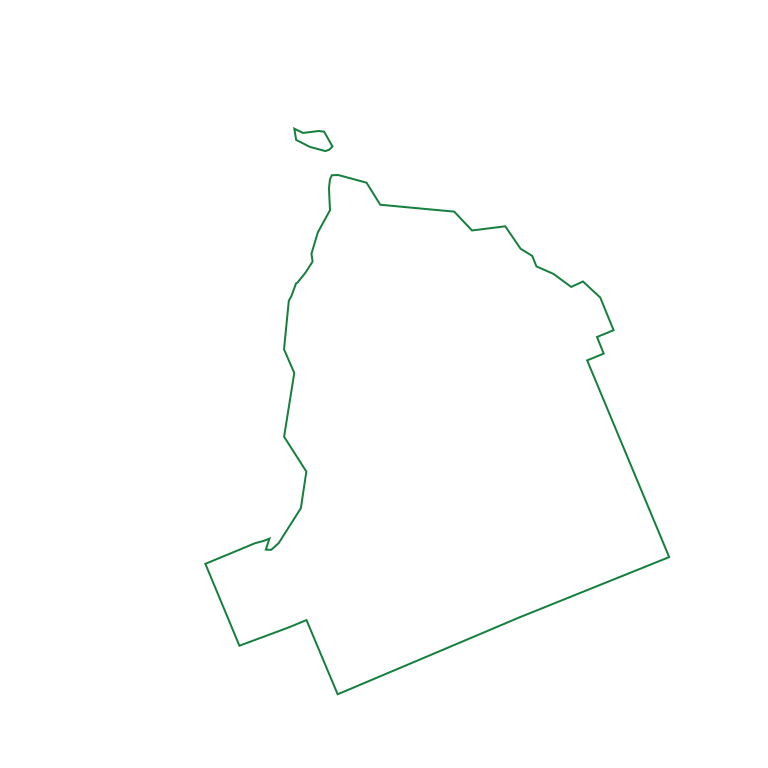 Anchorage, Alaska, United States of America, rotated 68°
{"feature_id": "52423323B58185108898", "entity_name": "Anchorage", "entity_type": "district", "adm_level": 2, "iso_a3": "USA", "parent_name": "United States of America", "parent_adm1": "Alaska", "projection": "orthographic", "projection_center": [-149.538, 61.109], "detail": "fine", "context": "isolated", "style": "outline", "palette": "green", "viewbox_px": 768, "rotation_deg": 68, "n_neighbors": 0, "source": "geoboundaries", "source_scale": "gbopen_adm2", "svg_char_len": 970}
<svg xmlns="http://www.w3.org/2000/svg" viewBox="0 0 768 768"><g transform="rotate(68 384 384)"><path d="M651.3,184.5L645.2,184.5L438.2,186.8L438.1,168.9L420.2,168.9L420.1,151.0L384.9,151.1L363.5,161.1L364.1,174.1L345.2,185.8L344.2,186.8L332.1,198.6L320.7,198.6L309.8,206.7L283.2,212.5L274.6,244.9L260.1,250.6L250.5,254.3L227.8,298.3L219.6,314.1L216.4,320.3L190.8,324.8L173.2,348.0L170.9,354.1L173.8,357.3L181.7,361.6L189.8,364.5L202.7,369.0L204.2,370.9L218.6,388.5L236.1,402.5L243.6,404.3L244.0,404.7L251.4,415.2L257.6,426.3L257.8,427.9L267.6,436.7L271.2,441.1L314.4,463.7L340.2,463.1L395.5,496.4L436.1,488.8L468.0,507.6L492.1,541.3L495.5,550.6L493.3,555.6L484.4,548.1L484.4,554.2L483.3,563.2L483.8,617.0L572.5,616.1L574.0,562.3L573.8,544.3L654.3,543.2L652.1,405.2L651.1,345.9L651.3,184.5ZM120.9,365.0L113.7,371.5L124.8,374.0L136.3,364.0L146.1,351.1L146.2,347.0L144.5,342.8L127.6,345.0L125.0,349.7L120.9,365.0Z" fill="none" stroke="#15803d" stroke-width="2"/></g></svg>